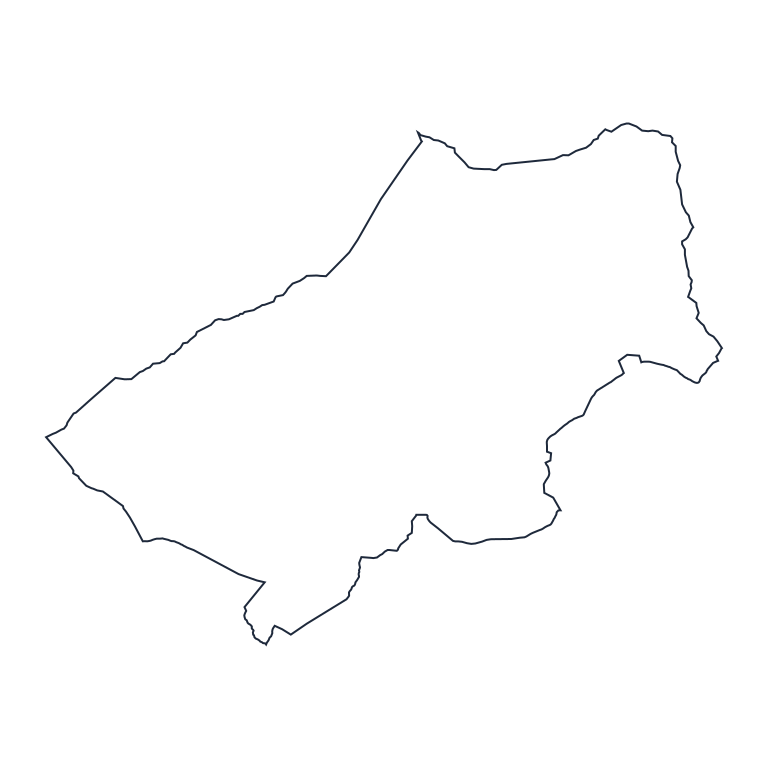 outline of Kwabre East, Ashanti, Ghana
{"feature_id": "2480657B60556198830817", "entity_name": "Kwabre East", "entity_type": "district", "adm_level": 2, "iso_a3": "GHA", "parent_name": "Ghana", "parent_adm1": "Ashanti", "projection": "orthographic", "projection_center": [-1.514, 6.788], "detail": "fine", "context": "isolated", "style": "outline", "palette": "slate", "viewbox_px": 768, "rotation_deg": 0, "n_neighbors": 0, "source": "geoboundaries", "source_scale": "gbopen_adm2", "svg_char_len": 6107}
<svg xmlns="http://www.w3.org/2000/svg" viewBox="0 0 768 768"><path d="M86.3,485.8L91.5,488.2L93.2,488.7L97.2,490.4L102.9,491.5L123.0,506.1L123.5,508.5L126.0,511.6L129.9,517.5L135.0,526.5L142.8,541.3L144.8,541.2L147.3,541.3L149.1,541.0L150.8,540.6L152.7,539.8L154.6,539.2L156.6,538.7L158.9,538.7L160.9,538.6L162.5,538.4L163.8,538.8L168.4,539.9L169.8,540.5L170.5,540.8L171.6,541.1L172.9,541.1L174.7,541.4L176.3,542.2L178.0,542.8L179.4,543.4L180.8,544.3L182.2,544.8L183.1,545.4L184.2,546.1L185.2,546.5L186.4,547.2L186.9,547.5L193.7,550.1L238.6,574.1L257.0,580.5L264.7,582.3L244.5,607.1L246.2,610.9L245.4,612.4L244.6,614.3L244.3,615.4L244.6,617.2L245.3,619.3L246.7,620.3L247.6,622.7L248.4,623.6L249.8,624.4L250.4,624.8L250.7,625.1L251.7,626.2L251.7,626.6L251.9,626.9L251.7,628.0L252.0,628.8L253.2,629.9L253.6,630.7L252.9,632.3L253.2,634.7L254.0,635.3L254.5,637.3L255.8,638.6L256.6,638.9L258.1,639.6L259.6,640.7L260.3,641.6L261.9,642.2L263.0,643.1L265.3,643.4L266.1,644.5L266.9,642.6L268.5,640.4L269.6,637.7L271.1,636.3L272.3,633.2L272.2,631.2L272.6,629.3L273.2,628.1L274.7,625.8L282.1,629.2L290.8,634.6L306.9,623.6L346.6,599.2L347.1,598.5L348.5,596.7L349.1,595.7L349.0,592.4L349.5,591.5L350.2,590.6L350.9,589.9L351.5,588.8L351.8,587.7L352.1,587.0L353.0,586.2L354.1,585.7L354.7,585.0L355.1,584.0L355.4,582.9L355.4,582.4L357.1,580.1L359.0,576.9L359.0,575.9L358.7,574.8L358.7,573.7L358.9,572.8L359.3,572.0L359.2,571.2L359.0,570.5L359.2,569.7L359.7,568.5L360.0,567.3L359.6,565.8L359.3,564.2L359.2,562.9L361.4,557.1L371.8,557.9L373.3,558.1L377.0,557.5L380.2,555.1L382.2,554.1L384.8,551.6L387.6,550.0L389.4,550.0L396.8,550.8L398.0,549.6L398.2,548.4L400.7,544.5L407.9,538.7L407.6,535.6L411.8,532.9L412.2,526.2L411.8,521.2L416.1,515.6L416.3,514.8L425.6,514.8L426.8,514.9L427.6,515.9L427.4,517.7L427.8,518.9L428.9,520.6L430.1,522.0L430.7,522.6L438.0,528.3L453.0,540.9L455.3,541.4L458.2,541.4L462.0,541.8L467.0,543.2L471.3,543.9L475.3,543.5L482.1,541.6L486.6,539.9L490.4,539.3L491.8,539.2L511.3,539.0L519.9,537.7L524.5,537.3L526.4,536.5L530.6,533.9L532.9,532.8L539.8,530.0L541.3,529.5L542.1,529.1L543.3,528.4L544.7,527.4L546.5,526.4L548.0,525.7L549.3,525.2L550.5,524.6L551.4,523.6L552.0,522.5L553.1,520.6L553.4,519.9L553.8,519.0L554.7,517.8L555.2,516.6L556.2,514.8L556.4,514.1L556.6,512.7L556.8,512.1L558.3,510.5L559.4,510.3L560.5,510.3L553.2,497.6L544.3,492.9L543.8,484.6L543.9,484.0L544.8,482.4L545.9,480.5L548.0,477.4L548.6,476.2L549.0,475.1L549.3,473.3L549.1,471.9L548.4,468.1L547.8,466.4L546.3,464.4L545.6,462.7L550.4,460.5L551.1,453.2L547.0,451.7L547.0,446.0L546.8,443.0L546.8,441.8L547.0,441.1L547.3,440.0L547.9,439.0L548.8,437.9L549.3,437.5L549.9,436.8L550.8,436.1L551.8,435.5L552.5,435.0L553.4,434.7L554.2,434.2L555.4,433.5L556.0,432.8L558.4,430.6L559.6,429.5L560.4,428.7L561.3,428.1L563.2,426.4L564.7,425.2L567.2,423.5L569.0,421.9L570.5,421.0L572.1,420.2L574.2,418.7L576.6,417.9L578.0,417.2L579.8,416.6L581.3,416.1L582.4,415.7L583.2,415.1L583.8,414.4L584.0,413.8L585.4,410.7L590.4,400.1L590.7,399.4L591.8,397.4L592.9,396.1L594.2,394.8L594.8,393.7L595.7,392.1L596.9,390.7L597.3,390.4L609.9,382.5L610.7,382.2L613.0,380.4L613.8,379.8L615.8,378.2L616.9,377.5L617.7,377.1L621.5,375.1L622.1,374.6L622.8,374.0L623.3,373.3L623.8,373.0L618.8,360.9L627.2,354.8L639.2,355.7L641.3,362.3L641.7,362.1L643.1,361.8L644.1,361.7L645.8,361.7L646.5,361.7L648.0,361.7L648.8,361.7L650.1,361.8L657.0,363.7L660.1,364.4L662.2,364.8L663.6,365.0L664.6,365.5L667.2,366.3L668.5,366.8L669.7,367.0L670.6,367.5L671.7,368.1L672.8,368.6L673.3,368.8L674.2,369.2L674.9,369.5L675.3,369.6L676.9,370.2L679.5,372.9L680.3,373.8L681.8,374.7L684.1,376.7L685.7,377.7L686.8,378.1L688.2,379.1L689.8,379.6L690.9,380.2L692.1,381.1L693.7,381.9L694.7,382.4L695.8,382.7L696.6,382.9L697.1,382.9L697.6,382.8L697.9,382.7L698.3,382.6L698.8,382.3L699.0,382.0L699.3,381.5L699.7,381.0L699.8,380.4L700.1,379.4L700.4,378.6L700.7,377.9L701.2,377.1L701.8,376.3L702.4,375.5L703.9,374.3L705.2,373.3L706.0,372.5L706.5,371.6L706.6,371.1L707.0,370.3L707.4,369.9L707.5,369.5L707.7,369.1L713.1,362.9L717.5,361.0L718.1,360.8L716.3,356.5L719.0,353.1L721.6,348.3L721.9,348.1L717.3,341.2L713.5,336.6L709.0,334.2L706.3,331.1L703.7,325.4L700.9,323.0L696.5,318.3L698.7,312.9L696.6,306.2L696.3,302.9L688.1,296.9L690.3,290.7L691.3,288.3L690.6,284.5L691.6,282.1L691.8,280.2L690.2,278.1L688.7,276.1L688.5,270.8L687.1,266.8L684.9,254.8L684.9,249.3L682.1,244.3L682.1,241.4L685.7,239.3L687.6,237.4L692.1,228.5L693.3,227.3L690.4,222.1L688.8,215.6L685.9,212.3L682.1,204.4L680.4,189.8L676.9,181.7L677.6,174.0L679.7,168.0L680.2,165.2L678.1,160.9L675.7,151.8L675.7,146.0L672.0,142.3L672.4,138.3L670.4,136.0L662.1,134.9L658.1,131.5L652.5,130.6L648.2,131.2L642.1,130.6L636.5,126.5L628.8,123.5L626.6,123.5L621.2,125.0L611.4,131.7L606.6,130.0L605.3,129.3L598.7,135.7L597.8,138.6L593.7,140.0L590.9,144.1L586.1,147.7L579.9,149.6L575.9,151.0L568.5,155.3L563.0,155.1L554.4,159.1L551.1,159.4L506.5,163.9L501.8,164.8L496.3,169.9L494.0,170.1L489.6,169.1L483.6,169.1L473.6,168.6L468.6,167.2L464.5,162.3L458.6,156.4L454.9,152.6L454.4,148.3L447.2,146.2L444.8,143.3L438.3,140.5L433.8,140.0L429.5,137.3L425.7,136.6L420.5,135.1L418.8,133.0L417.9,132.4L421.2,140.7L421.9,141.4L407.5,160.5L380.9,199.1L357.6,239.9L349.2,252.5L326.0,276.2L320.2,275.9L316.7,275.5L306.7,275.9L304.1,278.1L299.8,280.9L292.6,283.6L287.8,288.7L287.1,289.8L286.0,291.6L284.9,293.0L283.0,295.1L277.6,296.2L276.3,296.5L275.5,297.3L273.7,301.5L264.6,304.8L262.2,305.1L259.6,306.8L256.7,308.2L253.8,310.1L245.5,311.8L244.5,312.0L242.6,313.9L240.2,313.9L238.3,315.8L236.9,315.8L228.9,319.3L223.9,320.0L221.5,319.3L218.6,319.1L215.1,320.3L210.8,325.0L210.1,325.3L196.9,332.0L195.6,335.4L190.3,339.6L187.4,342.6L183.1,343.3L180.5,347.8L175.1,352.6L174.2,353.8L170.7,354.3L164.9,360.4L164.2,361.2L162.5,361.4L159.7,363.1L153.0,363.7L149.8,367.4L146.3,368.6L142.9,371.0L139.8,372.1L131.4,379.1L124.7,379.3L115.4,377.9L90.9,399.3L76.0,412.6L73.6,413.5L67.4,422.6L66.6,425.3L64.0,428.6L61.4,429.6L55.9,432.7L52.8,433.9L46.1,437.2L71.2,467.1L73.4,470.6L73.2,473.3L78.4,476.4L79.1,478.3L86.3,485.8Z" fill="none" stroke="#1e293b" stroke-width="2"/></svg>